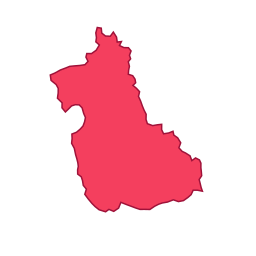 Santana do Jacaré, Minas Gerais, Brazil, rotated 108°
{"feature_id": "56859067B59414869948736", "entity_name": "Santana do Jacaré", "entity_type": "district", "adm_level": 2, "iso_a3": "BRA", "parent_name": "Brazil", "parent_adm1": "Minas Gerais", "projection": "orthographic", "projection_center": [-45.071, -20.88], "detail": "fine", "context": "isolated", "style": "filled", "palette": "rose", "viewbox_px": 256, "rotation_deg": 108, "n_neighbors": 0, "source": "geoboundaries", "source_scale": "gbopen_adm2", "svg_char_len": 1708}
<svg xmlns="http://www.w3.org/2000/svg" viewBox="0 0 256 256"><g transform="rotate(108 128 128)"><path d="M41.9,188.3L47.5,188.0L51.9,185.9L56.0,185.2L57.9,180.9L63.9,182.3L68.5,185.7L69.9,190.2L73.6,189.9L77.0,186.6L81.1,188.5L83.4,193.1L85.6,198.4L87.4,202.5L90.1,205.7L93.7,210.2L98.5,214.7L101.6,218.3L106.5,215.9L108.9,209.7L111.9,206.6L116.4,205.2L121.5,204.3L124.4,198.5L129.2,197.0L132.1,192.5L128.2,190.4L124.4,188.5L122.1,185.3L121.1,181.5L123.0,177.9L127.9,174.6L131.2,171.7L135.7,171.2L140.0,171.4L144.0,173.2L148.0,175.7L151.1,179.5L155.3,177.9L160.0,176.9L163.9,172.8L169.5,169.6L173.0,167.2L176.5,165.0L179.9,163.4L183.4,163.0L187.4,161.6L188.8,157.4L192.1,155.0L196.4,152.8L199.0,148.7L204.4,148.6L207.9,143.7L210.9,138.9L212.9,135.0L214.7,130.2L214.6,123.4L211.3,121.0L211.7,115.8L207.1,112.2L200.9,111.8L201.3,105.1L201.5,99.9L201.7,95.6L201.7,91.5L200.2,87.0L198.7,82.0L194.2,78.5L191.0,75.3L188.7,72.2L186.2,67.5L182.3,62.7L182.4,57.3L179.9,52.8L175.6,49.6L171.9,47.4L167.0,46.8L165.7,42.7L165.1,37.7L162.1,40.0L158.5,42.2L155.0,44.4L150.6,43.2L146.8,44.8L143.3,46.4L138.9,47.8L136.3,50.2L135.6,54.5L139.3,57.2L135.3,60.4L134.0,65.5L133.5,69.3L131.1,73.5L125.8,73.3L122.0,77.7L120.6,82.2L117.2,84.2L120.2,87.8L122.5,92.4L119.2,95.5L114.1,97.1L115.8,100.9L118.1,105.3L117.9,110.9L114.3,113.5L109.3,115.0L106.1,118.2L102.7,121.1L98.4,124.4L94.7,127.8L89.9,128.2L87.6,132.3L86.0,136.5L82.6,134.7L79.4,136.4L76.8,139.7L76.8,144.3L72.7,145.3L68.9,145.7L64.9,148.2L61.4,146.9L58.4,149.1L53.8,148.9L51.5,152.4L52.8,156.8L52.2,161.6L47.8,161.0L49.6,164.8L45.1,167.0L41.3,171.6L46.2,173.2L47.5,177.9L45.8,182.3L41.3,184.3L41.9,188.3Z" fill="#f43f5e" stroke="#9f1239" stroke-width="1.5"/></g></svg>